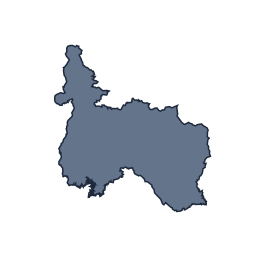 Bandung Barat, Jawa Barat, Indonesia, rotated 254°
{"feature_id": "22746128B79756617117888", "entity_name": "Bandung Barat", "entity_type": "district", "adm_level": 2, "iso_a3": "IDN", "parent_name": "Indonesia", "parent_adm1": "Jawa Barat", "projection": "orthographic", "projection_center": [107.424, -6.905], "detail": "fine", "context": "isolated", "style": "filled", "palette": "slate", "viewbox_px": 256, "rotation_deg": 254, "n_neighbors": 0, "source": "geoboundaries", "source_scale": "gbopen_adm2", "svg_char_len": 5629}
<svg xmlns="http://www.w3.org/2000/svg" viewBox="0 0 256 256"><g transform="rotate(254 128 128)"><path d="M152.8,133.5L150.5,131.5L151.3,129.9L147.8,126.6L147.6,125.6L149.1,123.4L149.9,123.4L150.1,120.9L151.0,118.8L150.5,117.4L152.2,116.3L152.5,117.0L152.8,116.6L153.4,114.8L152.1,113.9L154.4,113.5L155.5,111.8L156.5,111.6L157.2,109.3L155.3,108.6L157.0,106.3L157.8,102.8L159.0,102.9L160.0,102.1L161.6,102.7L161.3,105.1L163.2,105.4L161.8,108.0L162.8,108.5L163.5,110.1L166.2,110.7L166.0,111.6L167.3,112.6L165.6,116.6L166.8,117.7L168.7,118.1L168.3,119.0L168.7,120.1L169.9,118.1L170.8,114.0L175.2,111.1L175.3,108.4L176.2,107.8L178.1,103.9L177.9,105.9L179.3,105.9L180.0,107.1L180.2,106.3L179.5,110.1L180.6,111.8L182.2,110.4L183.0,108.5L184.6,107.5L184.5,108.4L185.7,108.7L185.6,109.5L186.6,110.7L187.7,107.9L188.9,110.6L192.0,110.3L191.9,109.5L193.9,108.7L194.4,107.3L197.2,105.7L198.1,104.0L200.0,103.0L200.3,102.2L204.3,102.4L205.7,101.7L206.7,102.1L211.3,101.2L211.9,101.5L212.2,103.7L214.0,104.0L215.2,105.1L218.5,102.7L220.2,103.2L220.7,101.7L221.4,101.5L220.6,99.7L222.6,97.5L223.3,94.8L223.1,92.5L221.6,91.1L218.0,90.1L216.6,88.4L214.4,88.5L209.8,90.4L206.4,87.0L204.2,84.1L203.9,82.6L203.3,82.9L200.9,81.8L196.3,81.2L193.9,81.9L189.2,81.8L186.2,78.4L185.1,78.0L185.5,76.9L182.7,76.5L179.2,77.2L179.0,75.5L180.5,73.0L179.8,68.4L179.0,66.7L176.1,65.5L173.7,65.1L171.2,66.1L170.2,67.8L168.8,68.6L168.0,70.9L169.4,71.8L169.6,73.1L169.0,73.6L169.7,74.5L169.0,75.2L169.5,76.4L169.1,77.5L170.8,77.7L170.4,78.8L171.0,79.0L171.4,82.4L170.2,82.7L168.7,80.7L166.1,81.7L164.5,81.4L162.9,82.0L161.2,81.4L158.1,78.2L155.9,78.2L154.6,77.5L151.8,72.5L150.2,71.2L147.3,70.6L146.5,69.5L144.8,69.1L144.5,68.5L139.6,68.1L138.9,67.4L139.2,67.0L136.9,65.8L134.8,62.9L132.3,61.4L131.4,59.5L130.6,59.4L127.2,55.8L125.9,56.2L123.5,55.5L123.6,56.1L122.9,56.6L122.3,55.7L121.5,55.8L121.4,56.4L117.8,55.7L114.8,52.4L112.3,51.6L111.2,52.1L110.8,53.3L109.6,53.2L107.6,54.1L104.4,53.5L102.0,52.3L99.8,52.5L99.5,52.1L99.0,52.4L99.5,53.7L98.8,54.6L99.0,55.9L97.4,55.8L97.4,56.5L94.9,56.5L92.4,54.6L91.1,54.7L90.2,55.6L89.4,55.4L88.9,55.6L89.1,57.3L88.3,59.3L89.2,60.3L88.2,60.0L87.9,60.9L89.0,62.4L87.5,62.0L86.0,62.6L85.6,63.4L86.4,64.4L85.0,63.8L83.4,65.3L84.8,66.2L85.3,65.8L85.8,66.6L84.9,67.0L86.7,68.1L83.4,68.7L85.0,70.2L84.3,70.3L84.6,71.5L88.9,73.6L89.2,74.6L90.1,75.0L89.7,75.3L90.9,75.7L92.0,74.4L92.2,74.8L90.7,76.1L85.3,73.6L85.3,75.2L86.5,74.7L86.8,75.5L87.6,75.6L87.6,76.4L88.1,75.9L88.7,76.1L88.8,77.0L89.3,76.3L89.7,76.4L88.7,77.2L88.5,76.1L87.8,76.7L86.9,75.8L86.0,76.2L86.1,75.1L85.3,76.4L86.4,76.8L85.3,76.7L85.3,77.7L85.8,78.5L86.7,78.2L87.3,78.3L87.7,78.7L86.4,78.5L86.2,79.3L85.7,79.1L84.6,77.2L84.1,77.2L84.1,78.7L84.6,78.7L85.8,80.3L83.4,78.4L84.6,80.1L83.6,79.6L84.0,81.2L83.7,81.2L83.1,80.1L82.4,80.9L82.6,79.8L81.3,80.0L80.8,79.7L81.2,78.9L80.1,78.9L79.6,78.3L81.5,77.8L82.4,78.7L82.9,78.5L83.2,76.9L82.8,76.4L82.2,77.1L82.2,75.4L81.3,76.7L81.3,76.2L80.2,76.7L79.6,76.3L77.2,78.0L77.8,76.4L76.5,76.6L75.7,77.6L76.3,75.5L78.0,75.7L79.0,74.4L77.3,74.1L76.8,73.3L76.6,74.2L75.6,74.2L74.2,77.0L75.4,73.7L74.8,72.4L75.2,72.0L72.3,70.8L72.1,71.7L74.4,73.3L74.0,75.1L73.2,74.3L73.4,78.2L72.5,76.5L71.7,78.2L73.3,79.7L72.7,80.9L73.8,82.0L72.5,81.6L72.1,82.2L69.9,82.2L70.3,83.5L72.4,83.3L71.5,84.0L71.7,85.2L71.0,85.0L71.3,86.4L71.8,86.6L72.3,85.9L73.6,86.3L73.2,86.6L75.1,87.5L74.7,88.5L75.9,89.2L76.8,89.0L77.4,89.9L78.0,89.6L78.9,90.5L79.1,90.1L79.2,90.7L79.8,90.6L79.6,91.6L80.5,91.6L79.1,92.1L80.1,92.7L79.6,93.7L81.2,94.8L82.0,96.9L80.7,96.5L79.6,98.7L82.0,99.9L81.9,104.9L83.6,107.5L82.4,108.3L82.5,109.2L83.1,109.6L84.2,109.2L84.6,110.8L86.2,109.7L87.2,111.2L88.3,110.2L89.0,108.2L89.4,108.4L89.0,109.8L90.8,109.4L91.3,109.8L91.6,110.7L90.4,112.4L91.3,114.1L90.4,115.8L89.3,116.1L89.3,116.9L88.4,117.5L89.1,118.9L88.5,119.6L88.6,121.3L85.9,121.4L84.8,122.1L83.7,121.6L82.1,121.9L79.1,125.0L79.3,126.2L78.1,127.6L74.5,129.6L71.7,129.7L71.1,131.8L66.4,135.2L65.0,134.8L61.4,136.1L58.3,135.7L50.5,139.8L45.6,140.3L44.3,141.3L45.8,143.6L39.8,147.5L39.2,148.5L37.8,148.4L35.6,150.2L35.8,151.6L34.3,151.9L33.7,155.5L34.1,157.5L35.0,157.6L35.6,158.9L35.4,159.7L33.9,159.6L33.6,160.0L34.6,163.7L35.3,164.4L34.8,165.5L35.9,166.1L36.0,167.3L37.5,168.9L36.7,169.4L36.9,171.0L36.0,171.5L34.8,176.3L35.3,176.9L34.3,177.4L35.0,177.8L34.1,178.9L34.5,179.5L33.5,180.0L32.7,182.0L33.7,182.4L34.2,181.9L35.7,183.2L36.2,182.9L35.9,182.2L37.4,182.2L37.4,181.8L38.4,182.2L38.9,181.2L39.8,181.4L40.1,180.5L40.6,181.6L41.8,181.3L42.3,180.5L42.6,181.3L43.3,180.7L43.6,181.2L44.9,181.4L45.1,182.0L46.6,181.6L47.3,182.0L46.8,180.1L47.4,179.8L47.0,179.2L47.6,178.7L49.0,179.2L49.3,178.9L49.4,179.5L52.3,177.9L54.9,178.8L55.0,179.2L57.5,178.6L58.0,180.1L59.1,180.2L58.8,181.8L61.8,183.4L62.2,185.0L64.2,187.0L68.2,188.9L68.9,191.3L69.9,191.4L72.5,193.3L72.8,191.4L73.8,191.0L74.7,192.5L76.3,193.3L77.9,195.7L78.1,199.5L80.7,199.2L83.1,200.1L85.9,199.6L88.2,200.4L90.2,199.6L94.9,201.6L95.8,203.2L97.7,201.8L102.8,203.5L103.6,204.4L106.3,204.0L109.8,200.7L111.6,199.9L112.1,195.5L111.5,193.6L113.0,191.1L114.3,190.7L115.7,188.4L116.7,187.9L115.8,183.4L117.9,181.5L125.8,178.5L127.9,179.6L134.7,180.6L136.0,181.7L135.3,175.7L137.1,173.8L137.6,169.8L135.3,167.8L136.0,166.0L135.2,163.9L136.6,162.3L139.2,161.4L139.7,159.4L139.1,156.2L139.8,154.3L143.4,153.5L145.3,155.3L145.4,154.1L146.0,154.3L146.9,153.3L147.1,151.3L148.5,149.1L150.5,148.6L150.4,147.1L151.6,146.3L150.5,146.2L150.4,145.8L152.4,144.5L153.0,142.0L155.2,140.9L154.8,139.9L151.9,138.7L151.9,136.2L152.7,134.9L152.2,134.4L152.8,133.5Z" fill="#64748b" stroke="#1e293b" stroke-width="1.5"/></g></svg>